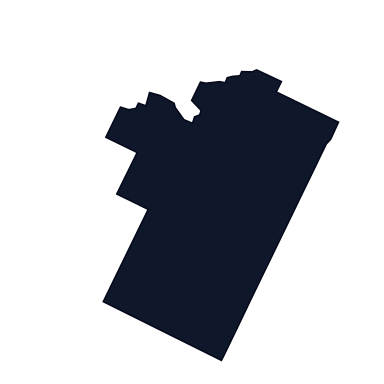 outline of Oneida, Idaho, United States of America, rotated 296°
{"feature_id": "52423323B61185328632609", "entity_name": "Oneida", "entity_type": "district", "adm_level": 2, "iso_a3": "USA", "parent_name": "United States of America", "parent_adm1": "Idaho", "projection": "albers", "projection_center": [-112.403, 42.25], "detail": "fine", "context": "isolated", "style": "filled", "palette": "ink", "viewbox_px": 384, "rotation_deg": 296, "n_neighbors": 0, "source": "geoboundaries", "source_scale": "gbopen_adm2", "svg_char_len": 784}
<svg xmlns="http://www.w3.org/2000/svg" viewBox="0 0 384 384"><g transform="rotate(296 192 192)"><path d="M54.5,160.3L53.5,292.3L59.7,292.4L80.5,292.3L88.6,292.3L89.1,292.3L103.3,292.2L116.6,292.1L140.2,292.0L158.5,292.0L217.3,291.9L236.5,291.8L272.7,291.8L280.4,291.7L294.1,291.7L300.0,293.5L302.6,293.5L302.8,293.5L319.0,293.1L318.9,223.9L330.5,224.0L330.1,196.5L326.4,193.4L322.0,183.8L317.5,184.1L313.7,177.7L310.2,173.5L304.8,174.0L303.3,168.4L295.9,156.8L294.5,151.4L274.1,151.5L269.3,164.4L264.7,165.1L260.6,161.3L254.0,162.3L253.5,153.0L260.6,139.9L263.9,137.1L264.8,120.9L262.8,110.2L249.3,112.7L248.4,104.9L242.6,104.9L238.3,99.1L237.0,90.5L226.6,90.5L203.4,90.5L203.4,125.4L157.2,125.2L157.1,160.2L54.5,160.3Z" fill="#0f172a" stroke="#020617" stroke-width="1.5"/></g></svg>